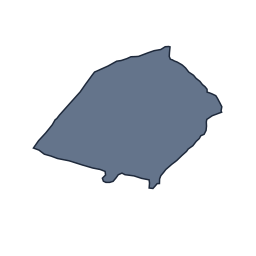 Åsele, Västerbotten, Sweden, rotated 152°
{"feature_id": "70781695B85403631212767", "entity_name": "Åsele", "entity_type": "district", "adm_level": 2, "iso_a3": "SWE", "parent_name": "Sweden", "parent_adm1": "Västerbotten", "projection": "albers", "projection_center": [17.524, 64.215], "detail": "fine", "context": "isolated", "style": "filled", "palette": "slate", "viewbox_px": 256, "rotation_deg": 152, "n_neighbors": 0, "source": "geoboundaries", "source_scale": "gbopen_adm2", "svg_char_len": 1270}
<svg xmlns="http://www.w3.org/2000/svg" viewBox="0 0 256 256"><g transform="rotate(152 128 128)"><path d="M52.8,179.9L53.7,180.8L57.0,182.3L62.2,181.9L68.6,184.0L75.0,185.0L85.1,186.3L88.0,187.6L91.9,189.5L96.5,189.8L102.4,190.8L106.6,192.3L116.4,192.1L131.3,193.1L135.2,191.3L138.7,189.6L144.9,186.6L153.3,182.3L165.1,178.0L182.4,171.6L186.6,169.7L188.4,169.5L193.3,166.4L202.9,162.3L212.9,158.8L220.9,154.7L217.0,150.3L214.2,144.2L209.2,139.4L204.5,134.1L195.4,126.7L185.2,116.3L177.9,109.2L172.0,104.4L168.6,100.4L169.9,97.0L174.2,95.7L174.7,92.6L173.1,90.4L169.8,88.6L166.2,87.9L162.4,89.4L158.5,91.3L154.5,91.0L152.6,88.2L148.8,85.5L145.2,82.9L139.6,77.1L133.7,72.3L134.9,69.2L137.5,65.1L134.4,62.9L131.6,63.9L128.3,65.2L126.3,64.2L124.0,68.2L121.4,70.5L117.4,72.1L114.1,73.6L106.4,75.4L100.3,76.4L93.4,78.4L87.3,79.9L84.7,81.2L79.1,81.9L74.0,84.2L70.1,85.2L67.3,87.0L63.8,86.7L60.2,89.2L57.8,92.8L56.0,96.6L54.4,98.6L47.8,99.3L37.9,98.0L37.8,99.4L35.2,102.7L35.1,106.6L35.1,112.2L35.3,115.3L37.8,118.7L39.5,120.7L41.3,122.5L40.0,125.1L40.6,128.3L41.9,131.4L42.6,135.4L44.6,139.9L45.4,143.8L48.1,148.8L49.0,154.0L50.5,158.1L53.6,163.1L55.6,165.4L56.9,167.4L58.3,168.8L58.0,171.8L55.8,175.4L52.8,179.9Z" fill="#64748b" stroke="#1e293b" stroke-width="1.5"/></g></svg>